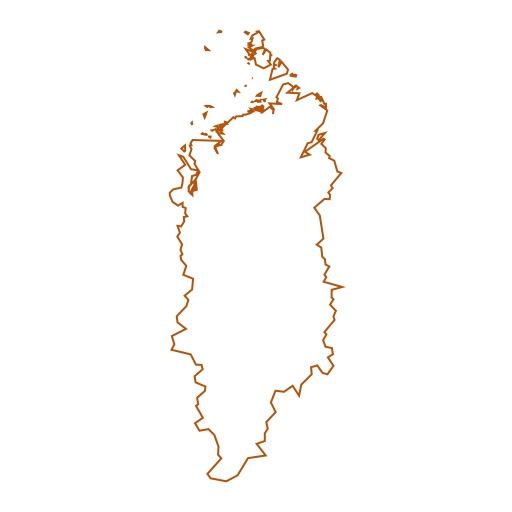 the border of Krasnoyarsk
{"feature_id": "RUS-2603", "entity_name": "Krasnoyarsk", "entity_type": "Territory", "adm_level": 1, "iso_a3": "RUS", "parent_name": "Russia", "parent_adm1": "", "projection": "orthographic", "projection_center": [95.961, 66.535], "detail": "fine", "context": "isolated", "style": "outline", "palette": "amber", "viewbox_px": 512, "rotation_deg": 0, "n_neighbors": 0, "source": "natural_earth", "source_scale": "10m", "svg_char_len": 5998}
<svg xmlns="http://www.w3.org/2000/svg" viewBox="0 0 512 512"><path d="M178.9,155.2L183.3,156.8L191.0,169.2L198.2,170.4L196.2,174.8L192.0,176.1L191.0,183.8L188.6,186.6L188.7,192.4L189.0,186.6L194.2,180.9L194.5,184.8L190.1,193.0L192.4,195.1L192.2,191.2L196.8,189.7L195.6,179.5L199.6,172.2L194.5,163.8L195.2,161.0L189.4,155.4L191.5,149.2L189.8,145.5L191.4,145.2L190.5,143.3L192.6,140.0L221.3,140.9L214.8,146.0L214.6,148.3L218.0,154.0L215.0,146.7L221.1,144.9L223.8,141.0L217.6,132.9L223.2,133.7L220.6,130.9L221.7,130.3L217.7,128.5L219.5,126.0L222.5,129.7L221.9,128.2L225.0,124.9L224.2,124.1L226.8,123.9L224.1,121.3L227.6,122.8L233.4,117.2L235.0,118.4L236.2,116.4L242.5,116.1L243.1,114.6L245.6,114.7L250.2,113.2L252.5,111.9L247.5,111.4L252.0,110.2L250.9,108.9L261.9,111.6L261.2,113.1L269.8,106.8L273.4,109.9L273.0,114.1L273.8,109.0L269.6,103.4L282.1,104.1L276.9,102.0L277.9,98.6L276.5,97.2L283.1,84.5L288.1,83.1L294.0,87.4L287.4,92.7L299.4,93.3L296.8,100.2L312.2,93.1L317.2,96.4L316.5,98.6L319.7,97.8L319.2,99.5L320.9,100.5L320.3,102.2L321.8,98.3L324.4,104.1L325.9,103.7L326.1,108.6L325.8,106.9L323.7,107.1L323.8,106.6L321.1,105.1L320.3,105.4L327.3,110.4L323.1,123.3L315.6,130.7L317.3,130.6L311.6,142.2L307.7,143.2L300.8,157.3L309.7,154.7L304.9,151.8L323.5,138.7L324.6,139.5L321.3,143.9L325.8,148.2L325.5,152.5L329.7,156.0L329.1,158.1L334.3,160.7L337.3,171.4L341.3,173.0L331.0,185.3L332.6,188.2L328.3,192.5L330.1,195.0L329.6,199.2L324.4,199.0L314.3,207.7L319.8,215.5L323.4,238.6L316.8,244.7L321.2,247.5L322.3,256.8L325.0,259.3L325.5,264.5L329.3,266.5L324.4,274.7L326.3,277.1L323.7,281.8L342.2,287.0L331.7,289.8L331.6,297.5L333.5,299.2L330.1,304.6L335.9,310.8L333.4,316.5L334.6,319.9L324.4,332.1L326.4,334.4L323.1,340.2L325.5,346.7L331.9,348.1L332.9,354.2L327.9,357.4L333.5,365.8L327.4,374.3L322.5,372.9L317.3,365.4L311.1,367.2L311.7,374.3L301.3,384.6L299.1,395.7L292.6,385.8L284.0,391.8L275.5,390.7L270.9,402.5L275.7,412.1L266.3,422.1L267.7,428.7L264.8,433.4L264.8,441.0L256.6,443.8L265.7,455.5L248.0,458.1L237.6,475.3L226.3,481.3L210.6,478.3L207.4,473.9L221.3,458.3L218.1,454.7L218.5,446.6L214.4,435.1L208.5,429.1L199.5,430.7L195.0,423.2L202.9,417.8L196.0,405.8L198.2,404.2L197.1,397.8L205.0,390.8L205.4,386.5L195.6,382.4L194.6,376.3L202.7,369.2L201.5,364.9L195.9,364.6L190.7,354.4L171.5,349.8L174.4,344.2L171.8,336.1L185.9,328.9L177.5,322.3L176.7,316.3L186.3,306.2L188.4,299.9L184.6,295.7L192.1,289.5L193.1,278.7L183.3,274.8L186.3,265.9L181.2,259.9L180.5,255.9L182.4,254.3L180.5,249.7L182.1,244.4L177.3,236.6L179.9,232.6L177.5,225.9L181.1,226.4L184.2,221.5L183.8,217.0L187.3,216.3L185.1,213.3L185.7,208.1L182.6,206.9L182.6,202.9L178.0,205.6L172.7,202.0L169.8,195.5L169.8,192.7L173.2,189.4L181.3,187.6L182.4,183.7L182.9,177.4L177.6,170.3L185.2,164.8L178.9,155.2ZM270.8,64.6L263.7,68.3L256.0,64.6L254.6,58.3L252.9,58.6L253.5,56.4L251.6,58.8L250.6,57.0L255.8,53.3L254.6,52.0L256.6,49.0L263.6,47.9L265.0,49.6L262.7,54.9L266.2,49.5L270.4,52.8L269.9,60.6L268.1,60.9L270.8,64.6ZM258.9,31.2L264.3,39.6L262.2,40.5L263.1,45.6L262.5,47.0L255.5,48.5L253.4,50.5L249.0,47.6L252.2,45.7L247.5,45.5L250.7,44.4L248.9,43.3L251.2,42.6L252.6,38.4L250.7,38.7L252.3,35.5L258.3,32.2L257.3,31.5L258.9,31.2ZM288.1,69.7L286.8,73.7L269.9,79.8L272.6,68.9L274.9,68.6L273.9,67.9L273.9,65.3L274.3,64.5L275.9,65.2L276.0,65.1L274.0,64.1L274.4,61.9L277.2,58.2L279.8,59.8L278.5,67.3L281.5,61.7L288.1,69.7ZM245.7,49.1L253.5,52.0L251.3,54.6L248.1,55.0L249.4,54.3L245.7,49.1ZM324.9,133.0L318.6,140.3L317.2,138.5L318.5,134.8L324.9,133.0ZM185.2,150.8L184.2,151.5L181.3,148.5L185.0,145.4L185.2,150.8ZM248.8,32.9L247.8,34.3L244.9,32.3L245.4,31.7L248.8,32.9ZM219.2,30.7L222.0,31.8L218.1,32.3L219.2,30.7ZM208.6,50.2L205.9,50.1L206.1,49.0L205.0,48.4L205.1,47.1L208.6,50.2ZM261.8,107.0L260.7,109.5L256.7,107.8L257.0,106.7L261.8,107.0ZM261.2,92.8L260.2,96.0L256.8,95.8L257.4,95.0L261.2,92.8ZM206.5,112.6L204.7,117.5L203.4,114.3L206.5,112.6ZM296.3,75.2L295.8,76.6L292.3,76.0L295.0,74.6L296.3,75.2ZM236.7,90.0L238.3,91.7L236.0,91.3L236.7,90.0ZM192.9,190.7L196.1,185.5L194.4,189.8L192.9,190.7ZM223.7,124.0L222.1,125.2L222.9,126.5L220.2,124.8L223.7,124.0ZM315.8,94.7L317.0,93.5L318.8,95.2L318.6,96.4L315.8,94.7ZM292.9,73.1L291.5,75.2L290.8,74.9L292.9,73.1ZM205.8,133.8L207.4,135.1L204.1,134.4L205.8,133.8ZM235.6,92.4L234.8,94.9L234.1,93.2L234.6,92.6L235.6,92.4ZM217.8,129.5L219.2,130.7L216.9,131.0L217.8,129.5ZM215.5,129.1L216.9,130.3L215.0,129.6L215.5,129.1ZM212.1,107.0L210.5,107.2L208.5,105.9L210.0,105.9L212.1,107.0ZM297.7,86.9L299.1,88.0L297.4,88.9L297.7,86.9ZM260.3,100.3L260.5,101.6L259.0,101.7L260.3,100.3ZM202.6,133.2L203.8,134.2L202.1,133.6L202.6,133.2ZM262.2,110.6L264.4,109.4L262.0,111.2L262.2,110.6ZM263.4,106.4L263.3,107.4L262.2,108.4L262.1,107.9L262.5,105.7L263.4,106.4ZM191.9,122.5L192.3,124.9L191.3,123.2L191.9,122.5ZM217.8,127.1L215.4,126.3L217.2,125.7L217.8,127.1ZM213.8,129.9L212.3,130.4L212.9,131.4L211.7,130.3L213.8,129.9ZM210.6,136.6L210.4,137.6L208.3,136.4L210.6,136.6ZM254.9,107.9L255.2,108.2L253.6,107.8L254.9,107.9ZM218.3,144.1L219.4,144.8L217.7,144.7L218.3,144.1ZM295.9,85.7L295.3,87.0L294.7,87.0L295.2,85.7L295.9,85.7ZM256.3,100.2L257.0,101.0L255.2,101.1L256.3,100.2ZM270.4,54.7L271.3,55.2L270.3,56.2L270.4,54.7ZM247.4,58.9L249.4,58.8L248.7,59.5L247.4,58.9ZM264.6,100.2L265.1,101.9L264.0,100.5L264.6,100.2ZM206.0,105.9L208.1,107.4L205.7,106.0L206.0,105.9ZM257.4,100.4L258.8,100.6L257.7,101.2L257.4,100.4ZM250.9,59.1L250.3,59.6L249.7,59.1L250.3,58.7L250.9,59.1ZM252.8,78.2L251.9,78.2L252.8,78.2ZM254.9,50.1L254.4,50.7L253.8,50.8L254.0,50.2L254.9,50.1ZM322.0,96.6L320.9,97.0L320.8,96.9L322.0,96.6ZM248.4,63.2L249.8,64.2L248.3,63.3L248.4,63.2ZM265.2,99.3L264.6,100.1L263.5,99.6L265.2,99.3ZM246.0,85.7L246.5,86.2L245.7,85.9L246.0,85.7ZM260.8,106.0L262.1,105.8L262.2,106.0L260.8,106.0ZM252.1,101.6L253.6,102.3L251.8,102.0L252.1,101.6ZM245.8,57.0L246.8,58.4L244.8,56.5L245.8,57.0ZM256.1,107.7L256.5,108.6L255.8,108.4L256.1,107.7ZM292.9,89.4L292.9,88.6L293.3,88.8L292.9,89.4Z" fill="none" stroke="#b45309" stroke-width="2"/></svg>